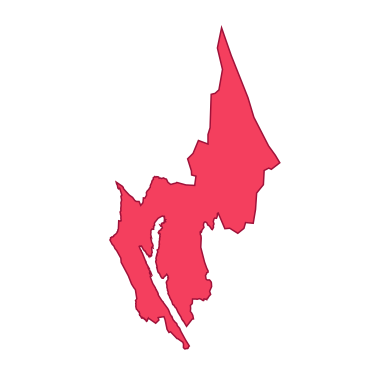 outline of Nesset nor, Møre og Romsdal, Norway, rotated 253°
{"feature_id": "86288312B48311014337711", "entity_name": "Nesset nor", "entity_type": "district", "adm_level": 2, "iso_a3": "NOR", "parent_name": "Norway", "parent_adm1": "Møre og Romsdal", "projection": "natural_earth1", "projection_center": [7.966, 62.59], "detail": "fine", "context": "isolated", "style": "filled", "palette": "rose", "viewbox_px": 384, "rotation_deg": 253, "n_neighbors": 0, "source": "geoboundaries", "source_scale": "gbopen_adm2", "svg_char_len": 6019}
<svg xmlns="http://www.w3.org/2000/svg" viewBox="0 0 384 384"><g transform="rotate(253 192 192)"><path d="M223.6,122.4L221.8,122.3L220.3,122.6L217.6,122.3L217.0,122.4L216.7,123.0L216.4,123.0L216.6,123.6L216.3,123.5L216.0,124.0L210.1,124.0L209.2,123.7L208.8,122.8L204.8,122.3L202.4,120.8L200.0,120.3L197.1,119.1L194.7,118.5L194.7,118.3L194.3,117.7L193.4,117.3L191.8,117.3L191.7,117.1L189.8,117.0L187.3,116.2L185.8,116.0L185.5,115.9L185.5,115.5L185.2,115.6L185.1,114.8L185.9,113.5L178.2,110.8L177.4,110.0L176.7,109.8L175.9,109.2L175.9,108.9L175.2,108.6L174.0,106.7L173.5,105.1L173.0,104.2L172.6,104.2L172.2,103.2L172.5,102.3L172.4,101.9L172.0,101.7L172.1,100.8L170.2,100.0L170.1,99.5L165.3,100.4L163.2,101.5L160.4,101.8L158.1,102.8L149.6,104.6L145.4,103.7L130.5,106.6L121.7,107.3L117.5,108.4L115.2,109.3L106.0,108.0L104.6,106.2L103.2,106.4L101.9,105.6L100.5,105.4L99.0,104.8L96.2,104.6L95.8,105.0L92.9,106.0L92.9,106.4L91.0,106.4L90.7,106.3L90.5,106.0L89.3,105.9L89.0,106.3L86.1,107.0L85.9,107.3L86.6,107.8L85.3,108.8L85.3,109.1L84.0,109.3L83.8,110.1L81.7,110.6L82.0,111.2L81.9,111.6L83.1,112.1L84.1,113.3L83.4,113.3L83.4,114.0L77.1,118.9L79.2,122.9L81.8,122.9L81.0,128.7L77.8,128.9L68.0,128.0L64.4,128.9L64.6,130.6L56.2,134.8L55.9,135.5L51.0,139.3L49.1,139.4L45.7,138.3L44.2,139.1L44.0,139.3L44.1,139.7L43.9,140.1L43.9,141.5L43.6,141.9L43.9,142.7L45.1,143.6L45.5,144.4L52.3,142.6L61.9,140.6L65.3,140.3L68.5,138.9L70.7,138.9L72.7,137.7L75.6,136.5L78.4,136.4L78.3,136.2L81.7,135.4L85.9,135.1L87.7,134.7L94.8,132.2L95.2,132.3L96.9,131.4L102.6,129.8L104.0,129.6L104.3,129.9L106.1,129.8L106.1,129.7L108.8,129.3L108.8,129.1L111.2,128.9L116.0,127.7L122.2,127.3L123.6,127.4L123.7,127.7L123.3,127.7L123.5,127.9L123.4,128.2L126.5,128.0L126.5,127.7L127.0,127.7L127.6,128.0L126.8,128.1L126.5,128.5L125.7,128.5L125.6,129.0L125.3,129.2L128.1,129.0L128.0,128.7L128.7,128.7L128.8,128.5L132.4,127.9L132.5,128.2L132.2,128.5L137.5,127.3L137.5,127.5L138.9,127.6L138.9,127.4L148.3,126.6L149.7,126.2L150.7,126.3L150.7,126.1L153.2,125.7L155.4,125.6L155.4,126.2L155.1,126.2L155.4,126.3L155.2,126.7L155.3,127.5L154.8,127.6L154.8,128.0L151.6,128.6L149.9,129.2L149.3,129.6L149.3,129.9L146.4,130.5L145.3,130.8L145.3,131.3L142.7,132.0L143.5,132.5L143.5,133.1L142.4,133.4L142.6,134.1L142.3,134.1L142.9,134.3L142.9,134.7L143.2,134.9L144.5,135.1L145.3,135.6L145.6,136.2L149.9,136.9L150.3,137.3L150.7,137.3L150.7,137.7L150.1,138.3L151.4,138.2L151.5,138.4L151.2,138.4L151.5,138.8L152.2,139.1L154.0,139.1L155.7,138.7L158.0,139.0L159.4,138.9L160.6,139.2L160.7,139.8L161.0,139.8L160.8,139.9L163.6,140.1L165.2,140.9L166.9,141.3L168.1,142.4L168.2,142.8L168.2,143.2L167.9,143.5L168.0,143.7L167.7,143.7L167.6,144.4L168.7,144.6L169.0,145.0L170.4,145.1L170.7,146.0L170.9,145.9L171.3,146.6L172.6,146.7L173.6,147.3L176.8,151.9L177.6,155.7L177.6,157.0L177.1,157.5L176.9,158.4L176.1,158.4L176.1,158.1L175.6,157.8L174.2,157.9L173.5,158.5L173.5,157.9L172.2,158.0L172.4,157.8L171.6,157.8L171.6,157.5L170.7,157.8L171.4,157.4L173.2,157.6L173.9,157.4L173.0,157.3L170.6,156.2L170.5,155.8L171.0,155.6L170.9,155.2L171.0,154.3L170.7,153.6L170.0,153.6L169.4,153.2L169.2,152.4L169.6,151.9L168.4,152.2L167.9,153.1L166.3,153.2L165.5,151.5L164.7,151.0L164.7,150.2L164.4,149.2L163.5,148.4L163.2,148.4L163.2,148.2L162.7,148.2L162.7,147.9L161.8,148.1L161.7,149.1L160.9,149.2L159.8,148.5L158.6,148.4L158.4,148.0L157.3,147.7L156.7,147.2L156.2,147.3L153.9,146.0L151.7,145.6L151.7,145.3L149.2,144.6L148.9,144.4L148.9,144.2L147.8,143.7L147.2,143.2L146.8,142.4L146.7,141.7L145.4,141.8L144.2,141.5L143.5,140.7L141.8,140.0L142.0,139.8L139.1,138.1L137.4,138.0L137.4,137.7L136.0,136.9L131.8,136.8L129.2,136.4L129.4,136.2L125.6,136.1L124.4,136.4L124.0,137.0L120.1,137.5L118.3,138.2L117.9,139.3L119.0,140.6L119.8,142.5L120.8,143.8L118.4,144.5L117.8,144.4L117.4,144.0L116.9,144.2L116.9,143.8L116.0,143.7L115.2,143.3L113.9,141.5L113.4,141.5L113.1,141.0L112.6,140.9L110.0,140.7L108.0,140.1L105.7,140.1L105.4,139.8L103.5,140.0L102.3,139.7L102.2,139.4L100.7,139.5L99.5,139.9L97.5,139.9L93.5,140.7L90.2,140.7L89.3,141.2L89.3,141.5L86.3,142.3L85.7,142.9L81.0,143.5L75.7,144.9L73.4,145.1L71.4,145.7L71.4,146.0L70.9,146.1L65.1,147.5L70.4,155.0L70.2,156.3L73.8,156.7L76.5,156.2L78.2,155.5L81.2,156.7L84.0,157.3L84.9,159.1L85.6,159.8L89.5,161.2L88.4,164.8L87.9,165.4L87.9,167.8L86.9,169.2L85.0,170.8L84.8,171.3L84.8,171.5L86.2,172.2L85.7,173.3L84.7,174.7L85.8,175.5L85.7,175.9L87.3,177.7L88.6,179.9L91.9,179.8L95.8,183.1L99.5,184.0L100.4,184.0L102.3,183.3L103.0,182.7L103.1,181.4L103.7,180.6L104.2,180.2L104.8,180.0L108.2,180.5L109.5,181.9L110.5,182.5L110.5,183.8L111.7,184.3L115.0,183.8L121.2,183.5L136.5,184.2L145.2,187.3L147.6,187.8L148.8,187.5L151.4,188.1L151.8,188.8L150.9,189.3L152.8,190.5L154.7,193.1L156.7,193.2L158.0,193.7L159.3,194.6L159.6,195.5L159.4,196.2L158.2,197.1L157.5,197.4L155.9,197.3L155.7,197.8L154.0,198.9L150.6,199.9L150.1,200.4L151.8,202.2L153.7,202.6L155.0,203.7L157.5,203.7L159.8,205.1L160.4,206.1L159.7,207.7L159.9,207.9L161.8,209.3L164.0,210.0L164.3,210.9L147.3,212.7L146.3,217.5L139.1,223.7L142.0,231.0L147.1,234.3L144.2,241.4L156.6,247.6L172.1,253.5L178.1,262.4L191.5,267.3L192.4,272.4L190.5,274.5L194.3,284.5L202.8,282.4L213.6,278.7L245.3,273.0L265.8,273.1L311.0,269.4L340.4,268.3L322.3,258.4L300.3,257.0L281.8,247.6L279.6,243.0L279.8,238.9L248.2,228.1L242.3,224.1L233.2,221.3L239.4,213.2L228.6,204.3L225.0,197.5L212.4,197.6L208.4,196.6L206.0,200.4L197.5,196.5L200.5,188.3L205.6,180.2L205.2,179.1L205.4,177.2L205.4,173.9L208.3,171.8L211.8,171.3L212.5,170.1L213.8,168.9L213.8,166.8L214.6,165.8L214.7,164.6L215.8,164.6L216.2,164.3L217.0,162.8L216.8,162.2L217.1,161.4L217.7,161.0L216.8,159.0L215.3,158.7L214.8,157.5L214.0,156.8L212.8,156.2L210.5,154.1L208.6,153.4L208.2,152.5L207.1,151.4L206.1,149.5L204.8,148.2L202.2,147.6L199.9,145.1L200.6,143.8L196.8,142.3L195.8,141.6L194.2,139.0L198.4,138.6L199.3,135.9L200.6,134.8L204.2,133.6L207.3,131.2L211.6,129.1L214.4,127.8L215.4,127.5L216.5,127.6L217.9,127.0L223.6,122.4Z" fill="#f43f5e" stroke="#9f1239" stroke-width="1.5"/></g></svg>